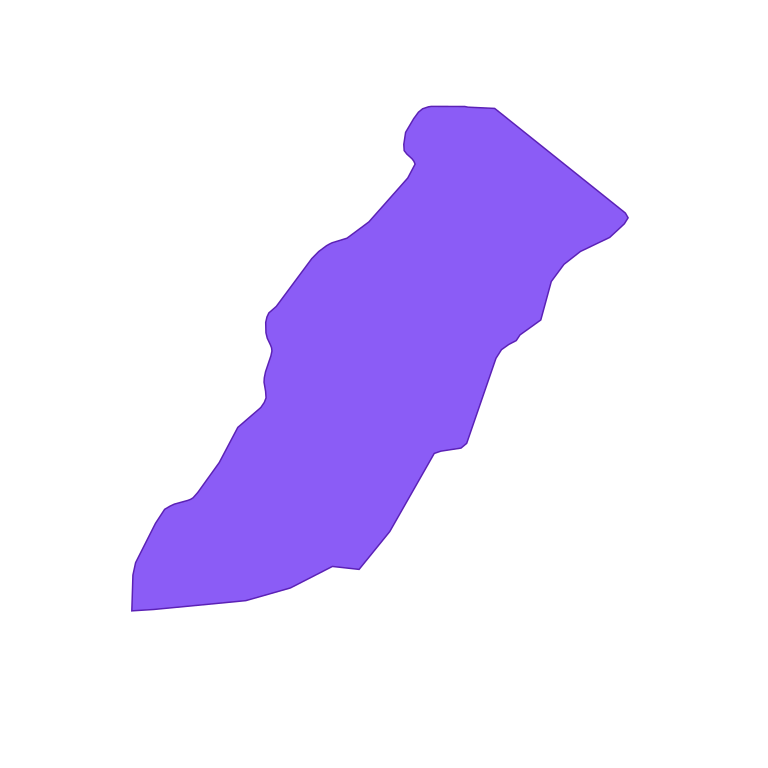 the Parish of Portland, rotated 109°
{"feature_id": "JAM-1378", "entity_name": "Portland", "entity_type": "Parish", "adm_level": 1, "iso_a3": "JAM", "parent_name": "Jamaica", "parent_adm1": "", "projection": "mercator", "projection_center": [-76.532, 18.127], "detail": "fine", "context": "isolated", "style": "filled", "palette": "violet", "viewbox_px": 768, "rotation_deg": 109, "n_neighbors": 0, "source": "natural_earth", "source_scale": "10m", "svg_char_len": 1104}
<svg xmlns="http://www.w3.org/2000/svg" viewBox="0 0 768 768"><g transform="rotate(109 384 384)"><path d="M147.4,207.3L154.3,208.9L171.9,218.3L194.7,241.4L212.3,252.8L232.6,259.2L272.4,256.6L293.3,271.4L299.9,273.1L306.0,278.9L313.3,284.1L323.2,286.5L413.2,286.5L419.5,290.3L429.0,308.4L433.3,313.9L521.6,330.5L567.4,347.2L573.3,373.4L607.3,406.1L633.8,444.1L672.2,528.4L680.6,548.6L679.9,548.8L646.4,559.2L633.8,560.7L590.1,554.7L573.9,550.6L569.2,546.6L565.8,543.1L558.0,531.7L556.0,529.3L553.8,527.5L547.3,524.8L511.9,514.2L472.6,508.1L446.3,492.8L440.4,491.2L435.5,491.0L429.4,493.6L421.4,498.0L417.1,499.2L411.0,500.0L394.1,500.1L389.3,500.7L386.4,502.1L384.0,504.1L378.7,509.3L374.0,512.3L364.3,515.9L358.7,516.5L354.2,516.0L345.7,511.1L288.9,493.1L279.9,488.8L272.0,483.4L269.5,481.2L267.3,479.0L258.2,466.5L235.7,451.1L181.5,428.6L166.0,426.2L163.7,428.2L161.9,430.9L159.2,437.2L156.8,440.9L151.0,443.3L139.0,445.5L123.4,442.3L115.7,439.9L111.2,437.1L107.5,432.3L106.1,429.6L95.3,397.9L94.9,394.7L87.4,369.1L143.8,211.4L147.4,207.3Z" fill="#8b5cf6" stroke="#5b21b6" stroke-width="1.5"/></g></svg>